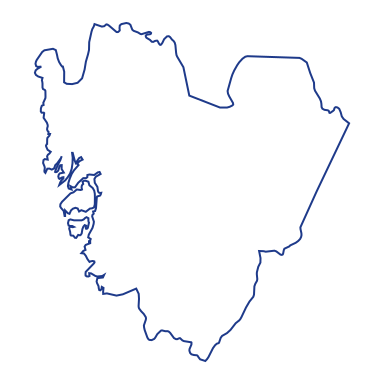 an SVG outline of Västra Götaland
{"feature_id": "SWE-3428", "entity_name": "Västra Götaland", "entity_type": "County", "adm_level": 1, "iso_a3": "SWE", "parent_name": "Sweden", "parent_adm1": "", "projection": "mercator", "projection_center": [12.229, 58.206], "detail": "fine", "context": "isolated", "style": "outline", "palette": "blue", "viewbox_px": 384, "rotation_deg": 0, "n_neighbors": 0, "source": "natural_earth", "source_scale": "10m", "svg_char_len": 5721}
<svg xmlns="http://www.w3.org/2000/svg" viewBox="0 0 384 384"><path d="M72.1,84.1L77.6,82.8L82.1,78.3L84.6,69.5L85.9,61.6L88.0,54.4L89.0,50.0L89.2,42.1L91.5,31.7L92.3,29.1L93.8,26.4L94.5,24.1L101.9,26.6L104.2,26.2L106.3,24.4L107.5,24.6L109.0,25.6L116.5,32.0L117.5,32.1L118.3,31.9L119.7,30.5L119.7,29.6L119.5,28.1L119.8,25.5L121.4,24.1L126.3,23.0L128.7,23.5L130.4,24.8L132.3,29.7L133.6,30.8L137.9,32.4L140.5,34.0L141.5,34.2L148.9,31.9L150.3,32.2L151.1,32.9L151.0,33.6L150.2,34.2L147.2,34.6L146.2,35.1L145.7,35.9L145.9,36.9L146.5,37.8L150.0,39.9L151.7,41.7L153.2,41.9L155.1,40.9L157.1,40.6L157.8,41.3L159.0,43.7L160.2,44.9L161.1,44.6L162.4,42.8L164.1,39.2L167.0,36.4L168.8,36.2L170.1,37.1L172.0,39.6L173.6,41.0L174.7,42.6L175.4,45.1L176.1,52.7L176.5,55.1L177.2,56.7L183.4,67.2L189.3,95.6L219.9,107.5L227.2,107.5L229.7,106.8L232.3,105.5L233.2,104.6L233.0,103.0L229.2,96.3L228.0,93.6L227.6,91.0L231.2,78.1L232.4,74.5L234.2,70.5L237.2,65.2L239.2,62.3L242.5,58.7L245.3,56.7L247.5,56.2L299.5,57.9L301.6,58.8L306.8,62.5L310.2,73.0L314.0,82.6L314.2,88.2L315.0,90.7L319.8,98.5L321.0,101.4L321.4,103.8L321.6,107.1L322.4,108.7L324.4,109.8L327.8,110.3L328.7,110.8L329.5,112.9L330.2,112.9L333.2,110.8L334.0,110.0L334.4,108.3L334.9,107.6L335.9,107.1L337.5,107.5L339.2,108.8L340.7,112.3L341.8,116.4L343.6,119.0L349.1,123.3L316.6,191.5L300.4,227.3L300.5,229.1L301.4,233.2L301.5,235.1L301.1,237.0L300.1,239.0L298.2,241.0L295.7,242.8L290.2,245.4L289.3,246.4L284.4,248.7L283.8,250.1L283.1,253.7L282.7,254.5L281.8,254.9L280.5,254.6L276.3,251.4L274.4,250.7L265.7,251.7L263.7,251.2L259.1,251.0L260.5,258.1L260.4,262.6L258.3,266.7L256.9,272.2L256.8,274.0L257.3,279.1L257.0,280.8L255.3,283.8L254.4,286.3L254.0,294.6L253.3,296.8L249.5,301.5L246.0,307.5L241.4,317.2L240.3,319.1L239.3,320.3L235.7,323.2L230.5,329.9L227.0,333.1L222.1,335.9L220.7,337.8L219.2,342.2L218.7,343.1L216.8,343.7L215.1,345.2L213.0,348.1L208.4,357.2L207.0,359.2L205.3,361.0L200.1,359.3L198.5,357.2L197.7,355.9L197.0,355.3L193.8,355.0L191.4,354.3L190.1,352.9L189.4,350.7L189.5,349.1L191.4,344.6L191.5,342.7L191.3,342.3L183.9,341.1L182.4,340.4L180.1,338.2L179.4,338.2L177.1,339.2L175.9,339.1L174.0,338.1L170.2,332.9L168.9,331.7L167.8,331.2L165.2,331.2L162.0,330.4L161.0,330.6L157.3,334.1L155.2,337.7L154.2,338.9L151.7,340.1L149.4,339.9L148.5,339.3L147.4,337.6L144.7,330.1L144.1,327.5L143.9,325.4L145.8,319.8L146.0,318.4L145.8,317.2L143.8,314.0L141.1,311.2L139.1,308.5L138.7,307.2L138.6,306.0L139.0,298.8L138.7,293.8L136.2,288.6L122.9,294.3L116.5,295.6L106.9,293.4L103.2,293.9L103.1,292.0L103.5,287.9L101.8,286.9L101.4,289.2L100.4,290.3L99.3,290.1L98.8,288.5L98.5,286.1L97.0,283.0L96.6,281.4L97.4,278.1L102.9,277.5L104.1,274.9L102.3,276.0L97.5,276.5L95.4,276.0L91.1,273.4L89.2,273.2L89.5,276.0L88.4,276.5L86.8,276.4L85.6,275.6L85.5,273.9L85.7,271.9L93.7,263.6L94.5,262.5L94.3,261.4L92.7,261.0L90.8,261.3L89.5,261.9L87.4,259.0L85.8,255.8L84.0,253.5L81.4,253.2L83.3,250.9L85.5,249.9L84.6,246.6L85.7,244.9L90.2,243.2L90.2,242.2L89.0,242.2L89.0,241.1L90.2,240.5L90.7,239.0L88.2,237.4L88.8,234.6L92.5,227.9L93.6,224.0L93.9,221.7L92.2,216.5L92.4,215.0L93.7,213.7L93.1,211.5L95.1,211.0L96.0,208.1L96.8,197.5L97.1,196.5L100.0,195.6L100.7,194.6L101.2,192.8L99.9,193.0L98.7,192.5L98.0,191.2L97.4,186.9L94.8,182.8L94.4,179.0L95.8,176.7L100.6,174.0L99.6,172.0L97.8,172.4L94.2,175.0L89.5,174.5L87.4,175.0L87.3,177.2L86.1,178.1L83.3,178.1L78.2,182.8L75.0,187.3L72.6,187.3L70.4,186.1L71.5,189.5L68.7,188.5L67.9,186.1L68.5,182.5L69.8,178.4L71.7,173.9L73.9,170.4L78.5,165.1L77.3,164.0L78.5,162.2L79.8,161.0L82.6,159.6L81.1,157.1L79.1,158.1L75.7,163.0L74.8,160.9L72.7,152.9L72.1,152.9L72.7,157.7L72.5,163.3L71.7,168.8L70.1,173.5L67.7,177.3L65.3,180.3L59.3,185.0L60.1,182.7L61.0,180.9L63.4,178.4L63.4,177.2L62.1,177.4L59.6,178.9L58.8,178.4L58.3,176.4L58.8,174.6L59.8,173.4L63.8,172.6L61.6,169.0L61.7,165.1L60.3,165.2L59.5,166.6L58.2,170.6L57.2,171.7L55.9,172.2L55.1,171.9L55.6,170.1L58.5,163.5L60.3,160.2L61.7,156.2L61.0,158.0L57.3,163.2L55.3,165.1L54.1,168.4L51.8,169.6L49.4,168.6L47.3,168.7L45.4,172.9L44.5,171.9L44.4,170.8L44.8,167.9L44.5,166.5L43.1,163.0L43.5,160.1L44.7,159.1L47.7,159.6L47.1,156.3L47.9,154.7L49.4,153.6L50.7,151.8L47.6,149.8L46.2,146.6L46.0,145.7L46.6,144.3L47.1,144.0L47.2,139.1L47.4,137.9L49.5,135.5L50.0,134.0L48.3,134.0L48.6,132.0L47.5,130.7L47.1,129.5L47.2,128.1L47.7,126.5L47.7,125.1L46.9,122.7L43.6,117.8L44.2,113.1L43.8,112.7L41.6,112.7L40.8,111.4L40.9,108.4L41.8,105.7L43.6,105.0L43.3,102.8L45.4,98.1L45.5,96.7L45.4,90.9L44.9,90.0L43.0,89.0L42.5,87.5L42.5,83.6L42.3,81.9L41.9,80.3L42.5,77.9L38.2,76.5L35.9,74.9L34.9,72.8L35.7,70.3L37.5,68.8L41.3,66.6L37.8,66.9L36.2,66.2L35.5,63.8L35.9,61.8L36.7,60.0L42.2,52.0L44.4,50.3L53.0,48.8L55.8,50.1L57.0,54.8L57.7,58.3L59.1,62.0L60.9,65.0L62.2,66.6L62.9,66.6L64.2,71.7L64.1,82.3L66.7,83.8L72.1,84.1ZM94.2,190.6L94.8,193.6L94.9,197.2L94.8,204.4L94.0,207.4L92.1,208.3L89.9,208.6L85.8,211.8L81.3,210.2L79.1,211.5L77.7,208.5L75.4,207.8L72.9,208.7L71.0,210.4L69.5,213.8L67.8,213.2L65.1,210.4L65.1,216.0L64.6,216.0L63.7,211.0L61.0,207.9L60.2,206.5L60.4,204.2L62.1,201.7L70.5,193.4L73.5,192.3L76.8,189.5L80.7,190.0L82.0,189.5L81.6,187.7L81.7,186.1L82.3,184.8L83.2,184.0L82.6,181.7L84.0,180.8L85.4,180.7L88.4,181.7L89.4,185.3L92.7,188.0L94.2,190.6ZM88.4,218.2L88.4,220.9L88.6,221.9L89.0,222.6L87.8,227.9L86.8,228.8L86.0,228.7L85.7,227.6L86.1,225.7L84.7,225.1L83.4,226.6L82.4,229.1L81.7,233.4L80.9,234.7L80.0,235.3L78.2,234.9L76.2,237.9L75.0,237.8L73.3,235.7L71.0,235.5L70.5,234.9L70.1,231.6L69.2,228.7L69.5,227.4L70.4,226.7L72.8,227.2L73.9,226.9L72.2,226.0L70.2,226.0L68.6,225.5L68.0,223.1L68.7,220.2L70.3,219.4L73.9,220.3L81.7,220.3L83.6,219.5L85.0,218.1L86.5,217.2L88.4,218.2Z" fill="none" stroke="#1e3a8a" stroke-width="2"/></svg>